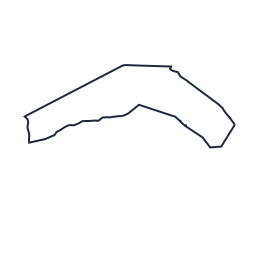 the district of San Miguel Tecomatlán, Oaxaca, Mexico, rotated 55°
{"feature_id": "50627088B83273926369919", "entity_name": "San Miguel Tecomatlán", "entity_type": "district", "adm_level": 2, "iso_a3": "MEX", "parent_name": "Mexico", "parent_adm1": "Oaxaca", "projection": "equal_earth", "projection_center": [-97.281, 17.371], "detail": "fine", "context": "isolated", "style": "outline", "palette": "slate", "viewbox_px": 256, "rotation_deg": 55, "n_neighbors": 0, "source": "geoboundaries", "source_scale": "gbopen_adm2", "svg_char_len": 1284}
<svg xmlns="http://www.w3.org/2000/svg" viewBox="0 0 256 256"><g transform="rotate(55 128 128)"><path d="M73.8,96.2L64.6,165.8L59.3,206.0L63.3,205.2L66.1,206.5L68.2,208.6L70.3,210.2L72.9,211.1L75.6,212.2L77.8,213.4L80.0,215.3L83.1,217.3L83.3,217.4L89.7,201.8L91.6,192.2L90.3,188.8L90.9,184.7L90.9,180.1L91.3,177.0L92.1,174.2L94.7,170.8L95.9,165.9L96.2,161.6L98.0,158.6L100.0,155.8L102.5,151.5L105.1,148.1L104.8,142.8L106.7,139.7L109.1,136.4L110.8,132.8L113.1,128.6L114.6,126.4L115.7,123.0L116.2,119.5L115.3,105.7L145.9,82.8L150.5,81.8L152.0,81.1L152.1,81.5L158.7,80.1L159.0,80.0L159.0,79.4L159.0,79.1L160.2,79.5L178.5,72.3L191.1,71.8L191.1,71.7L196.7,62.3L187.2,40.1L186.7,39.1L185.4,38.6L182.5,38.7L178.8,38.7L177.9,38.8L177.0,38.8L176.1,38.9L174.4,39.1L172.6,39.3L172.4,39.3L171.2,39.3L169.8,39.3L168.9,39.4L166.5,39.1L165.0,39.3L163.3,39.7L163.1,39.7L160.1,40.4L159.9,40.5L158.3,41.0L158.0,41.1L157.4,41.3L156.3,41.7L155.1,42.1L153.9,42.5L152.7,42.9L151.1,43.4L150.9,43.4L150.8,43.5L149.1,44.1L148.2,44.3L147.4,44.6L146.5,44.9L145.7,45.2L144.8,45.5L140.1,47.1L138.3,47.7L125.5,51.9L125.0,52.1L124.3,52.2L123.3,52.4L118.2,54.6L115.4,55.5L110.8,55.1L107.0,58.5L105.2,59.2L103.6,59.6L102.4,57.4L83.5,82.7L75.4,93.4L73.8,96.2Z" fill="none" stroke="#1e293b" stroke-width="2"/></g></svg>